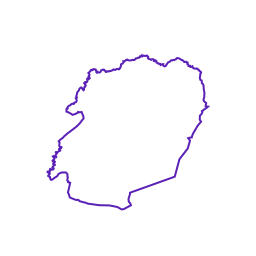 outline of Ixcateopan de Cuauhtémoc, Guerrero, Mexico, rotated 46°
{"feature_id": "50627088B27024757468193", "entity_name": "Ixcateopan de Cuauhtémoc", "entity_type": "district", "adm_level": 2, "iso_a3": "MEX", "parent_name": "Mexico", "parent_adm1": "Guerrero", "projection": "natural_earth1", "projection_center": [-99.804, 18.463], "detail": "fine", "context": "isolated", "style": "outline", "palette": "violet", "viewbox_px": 256, "rotation_deg": 46, "n_neighbors": 0, "source": "geoboundaries", "source_scale": "gbopen_adm2", "svg_char_len": 5677}
<svg xmlns="http://www.w3.org/2000/svg" viewBox="0 0 256 256"><g transform="rotate(46 128 128)"><path d="M185.6,179.6L183.8,178.7L182.2,178.7L181.5,178.5L179.6,177.1L179.1,176.5L176.9,172.4L175.9,171.5L195.5,128.2L186.2,112.7L184.2,99.1L180.1,92.1L177.1,91.8L177.7,90.5L179.1,88.7L178.5,87.9L177.2,85.1L174.8,76.6L174.2,71.0L172.0,70.7L169.1,67.8L169.0,65.4L168.2,63.3L167.2,63.1L168.2,56.6L168.2,55.6L166.6,56.9L166.1,57.0L164.4,54.4L162.0,54.7L160.8,54.5L159.8,53.7L158.9,51.9L155.7,48.5L152.9,46.7L149.8,44.1L148.6,43.6L147.1,43.7L145.0,42.0L143.5,42.5L141.8,41.5L140.4,39.6L139.5,38.7L139.4,37.9L139.0,37.8L138.7,36.7L137.6,36.6L136.6,37.0L135.6,36.7L134.2,37.2L133.7,36.8L132.6,37.6L132.4,38.0L132.1,38.3L130.6,39.4L130.3,39.5L129.9,39.3L129.3,39.2L128.6,38.9L128.3,38.8L128.1,39.6L128.1,39.9L127.8,40.4L127.0,40.8L126.4,40.2L125.4,41.4L124.4,40.7L123.8,40.6L123.2,40.9L122.9,40.7L122.6,39.8L122.2,39.7L121.8,40.0L120.7,40.1L120.5,40.7L120.1,41.1L119.9,41.4L119.7,41.7L119.1,41.5L118.5,41.6L117.3,41.6L117.0,41.7L116.6,42.1L116.2,42.3L115.5,42.3L114.1,42.8L113.5,42.8L112.5,43.6L111.8,44.0L111.7,44.8L111.9,45.6L111.5,46.3L111.4,47.4L110.4,48.2L110.3,49.0L109.3,49.9L109.2,50.8L109.3,51.1L109.3,51.9L109.2,52.4L108.7,53.4L108.7,53.9L109.0,55.2L109.0,55.9L109.4,56.9L109.5,58.1L108.9,59.0L107.6,59.3L106.9,58.8L106.6,58.3L106.0,58.9L106.1,59.3L105.4,60.1L105.3,60.6L104.8,60.2L104.2,60.3L103.7,61.0L103.2,61.0L102.9,61.4L102.5,61.6L101.7,61.5L100.6,62.1L100.1,61.5L99.5,61.1L98.5,61.2L98.3,61.6L98.3,62.4L98.1,62.8L97.8,62.9L97.3,62.2L96.8,61.9L96.3,62.2L96.0,62.2L95.2,63.0L95.2,63.7L95.1,64.0L94.6,63.9L93.2,64.8L92.0,65.2L91.7,65.2L90.7,63.9L90.2,64.0L90.0,64.3L89.3,64.0L88.9,64.2L88.5,64.7L88.2,65.7L86.7,66.5L86.6,67.7L86.5,67.9L86.0,68.0L85.8,68.1L85.7,68.5L85.3,68.1L85.3,68.9L84.8,69.4L84.7,69.7L85.2,70.8L85.2,71.1L84.7,71.9L84.2,72.2L84.0,73.4L83.4,74.0L83.4,75.0L83.6,75.6L83.5,76.2L83.1,76.8L82.3,77.1L82.0,77.8L81.7,78.2L81.5,78.9L80.9,79.4L80.6,79.9L79.2,80.9L78.9,80.9L78.6,80.8L78.2,81.0L78.1,81.9L77.9,82.4L77.6,82.6L77.7,84.2L76.7,84.9L77.6,85.6L78.0,87.1L77.4,88.2L77.4,88.9L78.3,89.8L79.2,91.5L79.4,91.9L79.3,92.5L79.6,93.0L79.6,93.7L79.2,94.1L78.6,94.1L77.8,95.0L77.5,95.9L77.4,96.8L76.7,97.1L76.5,97.5L76.0,97.6L75.7,97.9L75.6,98.4L75.8,99.0L75.3,99.7L75.2,100.4L74.9,101.1L74.6,101.5L74.2,101.6L74.1,102.0L73.8,102.3L73.7,102.9L73.2,103.1L72.8,103.9L72.6,104.8L72.4,105.0L72.0,105.0L71.4,104.5L70.1,105.1L69.9,105.0L69.5,104.7L68.7,105.2L68.5,105.9L67.9,106.9L67.9,107.3L68.2,107.6L68.5,108.7L68.5,109.4L68.1,110.2L67.1,110.9L66.8,111.9L66.4,112.1L66.0,112.0L66.0,111.9L66.3,111.5L66.4,111.1L66.1,110.8L65.6,111.3L65.2,111.4L64.7,111.3L64.2,111.1L63.8,110.7L63.4,110.6L62.7,111.2L61.6,111.9L61.5,112.3L61.8,112.8L61.8,113.0L61.7,113.4L60.8,113.8L60.5,114.5L60.6,115.0L61.0,115.3L61.0,115.5L60.9,118.2L60.9,118.3L62.1,118.3L62.9,118.6L63.3,119.5L63.2,119.9L63.9,120.2L63.8,120.9L63.9,121.4L64.4,121.6L64.8,120.9L65.3,120.8L65.6,120.9L65.6,122.4L64.3,123.2L64.7,123.7L65.6,124.2L66.1,124.7L66.1,125.1L66.4,125.8L66.4,126.2L66.2,126.5L65.6,126.4L65.3,126.7L65.2,127.0L65.2,128.3L65.4,128.5L66.1,128.6L66.6,128.2L67.7,128.9L68.1,129.0L68.1,129.5L68.4,129.8L68.5,130.3L68.2,130.5L68.3,131.0L68.8,131.9L69.7,132.8L69.9,133.4L70.0,133.7L69.5,133.8L66.6,133.3L66.1,133.8L66.0,135.5L66.8,137.3L67.0,138.2L67.0,139.2L67.4,140.3L67.9,140.7L69.2,143.2L69.6,143.5L70.4,143.4L70.7,143.9L70.4,144.9L71.2,145.0L72.5,145.7L72.9,146.4L73.3,147.6L72.6,148.8L72.5,149.3L72.7,149.7L73.0,150.0L73.0,150.3L72.8,150.6L72.2,150.8L71.7,151.4L71.4,153.0L71.6,153.6L71.5,154.0L71.0,154.9L70.9,156.3L71.1,157.3L72.0,157.7L72.1,158.1L71.6,159.0L72.0,159.3L72.2,159.7L72.7,160.0L73.2,160.7L73.4,160.9L75.5,159.9L77.2,159.5L78.3,159.0L80.0,158.8L81.5,155.8L81.6,155.0L82.0,154.0L81.7,152.8L82.8,152.4L83.2,151.5L84.0,150.8L84.3,150.3L88.7,152.1L90.0,153.0L90.4,154.0L90.7,157.0L91.0,158.4L91.2,160.5L91.2,164.3L89.8,176.1L89.8,177.4L89.6,179.6L89.8,181.5L89.4,184.4L89.3,186.9L89.7,187.2L90.2,187.1L91.2,187.5L92.0,188.7L92.8,189.7L94.0,190.1L94.3,190.0L94.9,189.4L95.5,189.1L95.9,189.5L96.0,189.8L95.9,190.2L95.4,190.8L95.2,191.3L95.2,192.2L95.3,192.4L95.5,192.5L96.8,192.1L97.2,192.5L97.0,192.9L96.5,194.4L96.6,195.4L96.5,195.8L96.4,196.0L95.6,196.1L95.2,196.6L95.3,196.9L95.6,197.0L96.6,196.6L96.9,196.7L97.2,199.2L97.5,199.7L98.8,199.5L99.0,199.7L99.1,200.1L99.0,200.4L98.3,200.8L96.3,201.2L96.2,201.8L96.8,201.9L97.6,201.8L98.3,202.0L99.1,202.6L99.2,204.2L99.0,204.7L99.1,205.0L99.7,205.2L100.0,205.0L100.2,204.6L100.8,204.0L101.4,204.0L101.7,204.2L101.7,204.8L101.5,205.4L101.6,206.5L101.9,206.8L103.6,206.1L103.8,206.2L103.6,206.9L103.6,207.9L103.5,209.0L103.9,209.8L104.8,209.5L105.5,209.5L105.7,209.9L105.8,210.6L105.7,211.1L105.1,211.6L104.7,212.4L104.4,212.5L103.7,212.2L103.4,212.4L103.4,212.8L104.0,213.4L104.6,213.7L104.8,214.2L104.8,214.8L103.6,215.8L103.5,216.1L103.7,216.5L105.3,216.4L106.2,215.7L106.5,215.9L106.7,216.3L106.9,218.6L107.2,218.8L107.5,218.7L108.8,218.1L109.1,218.1L109.4,218.3L109.7,218.8L110.0,218.9L110.5,219.0L111.1,219.4L111.8,219.4L112.2,218.9L112.4,218.4L112.7,217.4L112.7,215.5L113.2,214.1L113.2,213.7L113.4,212.4L113.4,211.9L112.8,210.3L113.0,209.0L113.5,207.5L113.9,206.8L114.1,206.2L114.7,205.9L116.5,203.8L116.9,203.6L118.2,203.5L118.9,203.6L119.4,203.9L120.6,205.1L120.8,205.1L121.0,205.4L121.6,205.6L122.2,206.3L123.0,207.5L123.5,208.1L125.2,208.0L125.5,208.7L127.3,207.7L132.7,216.0L134.4,216.5L137.5,218.1L142.3,216.1L144.2,214.9L144.8,213.9L146.1,213.5L147.0,213.7L152.5,210.3L154.4,209.5L163.6,202.3L170.7,195.2L176.6,191.1L177.6,190.5L182.2,189.1L183.5,187.2L185.6,179.6Z" fill="none" stroke="#5b21b6" stroke-width="2"/></g></svg>